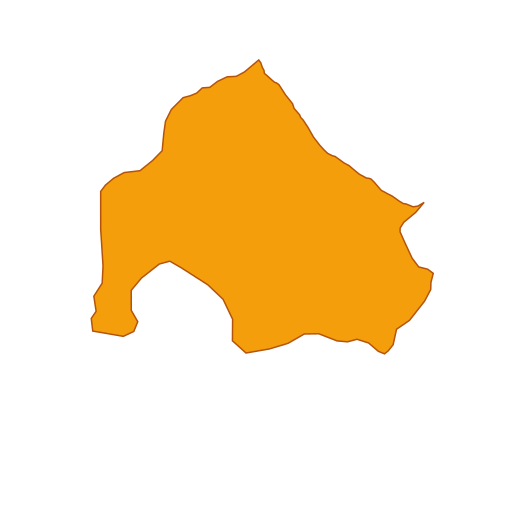 the district of Mayo-Kani, Extrême-Nord, Cameroon, rotated 217°
{"feature_id": "32672807B89855431664933", "entity_name": "Mayo-Kani", "entity_type": "district", "adm_level": 2, "iso_a3": "CMR", "parent_name": "Cameroon", "parent_adm1": "Extrême-Nord", "projection": "natural_earth1", "projection_center": [14.491, 10.306], "detail": "fine", "context": "isolated", "style": "filled", "palette": "amber", "viewbox_px": 512, "rotation_deg": 217, "n_neighbors": 0, "source": "geoboundaries", "source_scale": "gbopen_adm2", "svg_char_len": 1602}
<svg xmlns="http://www.w3.org/2000/svg" viewBox="0 0 512 512"><g transform="rotate(217 256 256)"><path d="M96.3,334.4L100.4,340.2L104.0,348.8L110.9,348.8L119.5,345.2L130.0,348.2L145.6,356.5L155.5,362.0L157.7,365.0L158.3,371.8L154.7,387.0L154.0,400.0L156.8,393.2L160.2,389.8L167.4,387.9L169.3,386.9L170.0,386.5L174.9,386.0L183.3,385.8L185.6,385.4L188.9,384.8L192.7,384.3L194.5,383.9L196.0,383.9L202.9,385.4L205.0,385.9L210.4,386.7L212.6,386.0L213.6,385.4L214.8,384.7L222.9,383.5L231.8,383.9L235.7,384.2L241.7,383.3L252.7,383.1L255.5,382.0L260.4,381.1L262.6,381.3L265.8,381.7L272.0,382.9L281.1,385.4L282.0,385.7L291.9,390.0L300.3,393.0L303.7,393.5L306.1,395.0L309.4,395.7L314.4,396.8L318.4,399.6L329.6,402.5L340.7,406.6L343.6,406.6L345.9,405.9L349.0,406.1L355.7,406.7L359.2,406.9L361.4,409.1L364.4,410.4L368.5,413.2L371.8,414.2L376.0,396.0L379.9,387.6L386.9,381.7L391.8,372.3L394.4,362.9L400.1,357.9L401.4,350.4L404.9,344.5L409.5,338.6L411.8,322.1L409.4,309.2L403.3,298.2L394.3,283.6L396.1,269.8L400.0,254.3L411.5,243.3L416.5,232.4L418.9,222.0L418.9,218.1L418.9,214.1L395.9,183.6L387.8,174.2L372.1,155.9L362.5,141.7L361.3,126.3L350.4,115.6L350.0,107.0L341.2,97.8L334.8,101.1L313.6,112.0L308.2,122.2L310.9,132.4L322.9,137.5L335.0,153.5L334.2,169.5L328.4,191.4L321.7,200.0L308.8,201.6L277.1,204.0L256.2,201.6L236.6,191.4L223.8,174.1L205.6,172.5L189.4,189.8L177.9,205.5L172.7,217.6L170.5,222.8L159.0,231.7L140.1,237.0L131.3,242.5L125.2,250.3L113.7,254.3L100.9,253.5L94.5,255.2L93.3,259.8L93.1,267.7L99.7,282.1L94.7,296.9L94.2,321.4L96.3,334.4Z" fill="#f59e0b" stroke="#b45309" stroke-width="1.5"/></g></svg>